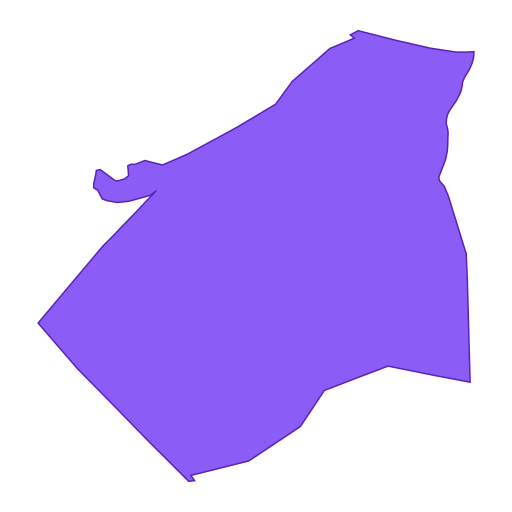 San Cristóbal Suchixtlahuaca, Oaxaca, Mexico
{"feature_id": "50627088B15644266114804", "entity_name": "San Cristóbal Suchixtlahuaca", "entity_type": "district", "adm_level": 2, "iso_a3": "MEX", "parent_name": "Mexico", "parent_adm1": "Oaxaca", "projection": "mercator", "projection_center": [-97.381, 17.726], "detail": "fine", "context": "isolated", "style": "filled", "palette": "violet", "viewbox_px": 512, "rotation_deg": 0, "n_neighbors": 0, "source": "geoboundaries", "source_scale": "gbopen_adm2", "svg_char_len": 1273}
<svg xmlns="http://www.w3.org/2000/svg" viewBox="0 0 512 512"><path d="M473.1,59.5L473.5,58.2L473.8,54.7L473.9,51.7L470.0,51.9L466.1,52.1L461.4,52.1L459.3,52.0L456.0,52.1L429.8,48.1L396.3,40.4L358.1,30.7L350.3,34.9L354.3,38.2L329.9,48.5L309.8,66.1L292.3,81.4L275.6,104.2L236.7,127.4L228.5,131.9L187.3,154.2L162.5,165.0L144.8,160.5L139.6,162.6L135.2,164.3L131.3,164.2L127.8,165.8L128.6,175.7L124.8,178.8L119.9,180.3L118.0,180.8L115.4,180.8L100.1,169.5L96.3,170.5L95.9,173.8L93.7,183.8L93.7,187.5L93.9,188.0L97.7,190.2L102.2,198.9L107.2,200.7L117.3,202.5L129.2,201.2L150.6,195.2L150.9,195.0L156.3,190.6L134.6,213.5L123.9,224.5L112.0,237.0L103.2,245.7L81.3,271.7L65.2,290.8L38.1,323.1L77.4,368.6L101.6,393.1L129.2,421.4L137.9,430.3L149.0,441.7L188.7,481.3L194.6,480.7L190.9,475.4L248.8,460.9L300.4,426.5L324.4,390.4L353.5,379.2L388.0,366.1L434.8,375.5L470.1,382.2L467.3,278.8L466.2,253.8L448.4,196.2L444.3,186.4L439.6,180.9L439.1,179.2L438.9,176.8L443.0,166.3L445.6,159.4L446.2,156.4L447.3,151.2L447.7,145.6L447.8,142.5L447.8,139.2L448.1,133.1L447.6,128.8L446.3,124.2L446.4,119.4L447.5,114.6L449.8,110.1L453.0,105.4L455.9,101.3L458.6,96.4L460.8,91.7L462.0,86.6L462.7,81.7L464.8,76.9L469.5,69.3L472.0,63.3L473.1,59.5Z" fill="#8b5cf6" stroke="#5b21b6" stroke-width="1.5"/></svg>